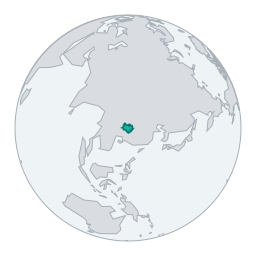 globe centered on Guizhou, rotated 49°
{"feature_id": "CHN-1153", "entity_name": "Guizhou", "entity_type": "Province", "adm_level": 1, "iso_a3": "CHN", "parent_name": "China", "parent_adm1": "", "projection": "orthographic", "projection_center": [106.929, 26.939], "detail": "coarse", "context": "on_globe", "style": "filled", "palette": "teal", "viewbox_px": 256, "rotation_deg": 49, "n_neighbors": 0, "source": "natural_earth", "source_scale": "10m", "svg_char_len": 11398}
<svg xmlns="http://www.w3.org/2000/svg" viewBox="0 0 256 256"><g transform="rotate(49 128 128)"><circle cx="128" cy="128" r="113" fill="#eef3f6" stroke="#a8b0b8"/><path d="M231.5,170.1L231.4,170.7L231.3,170.9L231.5,170.1ZM184.9,30.8L185.0,30.8L185.8,31.4L180.0,29.7L180.7,33.4L184.6,36.6L180.8,34.6L190.8,42.4L193.5,47.2L188.1,40.7L185.8,39.2L186.6,41.7L184.3,40.8L183.4,41.6L180.7,40.4L177.8,37.0L175.9,36.3L176.6,38.1L174.2,38.3L173.6,35.7L169.5,35.9L163.8,31.0L164.3,26.1L158.8,23.6L153.3,19.4L151.6,19.3L148.4,18.1L145.1,17.6L145.0,17.2L142.5,17.2L143.2,17.6L142.4,17.8L140.5,17.7L140.1,17.1L140.9,17.1L139.8,16.9L140.4,16.7L139.1,16.7L138.8,16.3L136.4,16.6L133.8,16.1L134.3,15.8L137.8,16.1L146.7,16.9L154.7,18.6L162.6,20.8L170.3,23.6L177.7,26.9L184.9,30.8ZM233.7,89.2L232.8,87.2L233.1,87.6L233.7,89.2ZM232.5,86.6L232.7,87.2L232.6,86.9L232.5,86.6ZM232.5,86.8L232.5,86.7L232.6,87.1L232.5,86.8ZM232.5,87.4L232.5,87.0L232.5,87.4ZM232.3,87.6L232.2,87.6L232.1,87.0L232.3,87.6ZM186.8,31.9L186.6,31.8L185.2,31.0L185.3,31.0L186.8,31.9ZM185.6,31.9L184.4,31.1L186.6,32.1L186.7,32.3L185.6,31.9ZM187.9,39.3L187.3,38.0L188.7,39.7L187.9,39.3ZM183.8,41.9L184.7,42.7L183.8,42.8L183.8,41.9ZM137.5,15.8L137.1,15.7L135.9,15.6L136.1,15.7L137.5,15.8ZM178.9,41.2L177.2,41.3L178.4,40.5L178.9,41.2ZM134.1,15.5L139.0,15.9L140.3,16.1L138.3,16.0L134.1,15.5ZM175.9,41.0L171.9,41.7L173.6,43.3L166.7,39.6L172.3,40.0L173.5,38.8L174.2,40.2L175.9,41.0ZM144.3,17.9L143.4,17.4L145.8,18.0L144.3,17.9ZM146.0,18.2L154.6,20.3L154.9,21.1L152.0,20.2L153.8,21.6L149.7,20.9L147.8,20.0L148.4,19.5L146.4,19.7L146.0,18.2ZM163.5,37.6L162.1,37.4L163.0,37.0L163.5,37.6ZM142.2,18.0L143.9,18.2L144.3,18.9L141.0,18.6L141.9,18.4L142.2,18.0ZM156.2,22.4L155.9,23.0L152.6,22.6L152.0,22.8L149.6,21.0L156.2,22.4ZM140.9,18.2L139.3,18.4L137.4,18.0L140.6,17.8L140.9,18.2ZM145.8,19.3L145.9,19.7L144.8,19.3L145.8,19.3ZM129.8,17.0L131.9,17.1L132.3,17.4L129.8,17.0ZM138.8,18.5L139.4,18.7L139.8,18.9L138.4,19.0L138.8,18.5ZM147.4,21.0L146.0,20.7L148.2,21.6L145.7,21.5L144.6,20.4L144.1,20.9L143.3,20.9L143.2,20.0L147.4,21.0ZM138.0,19.7L135.8,18.5L131.9,18.2L131.5,17.9L137.8,18.5L138.0,19.7ZM141.1,19.9L139.1,19.7L139.6,19.3L141.2,19.2L141.1,19.9ZM144.5,21.9L148.5,22.4L148.6,22.6L144.5,21.9ZM136.8,19.7L137.4,20.0L136.5,19.7L136.8,19.7ZM142.0,21.3L143.4,21.3L143.5,21.6L142.0,21.3ZM137.4,20.6L136.6,20.2L137.7,20.0L137.4,20.6ZM139.4,21.0L139.2,21.3L138.6,20.3L140.1,20.9L139.4,21.0ZM141.9,21.5L142.4,21.7L141.3,21.5L141.9,21.5ZM133.7,21.4L132.6,20.1L135.0,19.8L135.7,21.1L133.7,21.4ZM42.6,54.6L41.0,56.5L39.2,61.8L38.4,63.6L35.0,67.3L30.8,79.0L33.7,77.0L33.4,85.6L35.6,89.0L42.7,81.5L39.2,75.7L42.2,70.5L47.8,71.6L51.4,77.3L52.6,75.6L53.4,68.8L57.2,67.3L54.0,66.4L53.0,68.8L51.0,68.4L51.7,66.2L53.0,65.6L52.8,63.4L46.5,67.1L44.9,70.0L42.5,67.0L39.5,71.7L37.8,72.4L42.1,64.8L44.0,62.9L49.6,53.7L47.3,55.4L42.0,64.3L42.3,62.8L39.2,65.6L41.8,62.4L48.3,52.7L48.1,50.5L42.6,54.6L43.4,53.6L51.6,45.2L54.2,42.9L51.1,46.7L53.7,44.7L58.8,40.2L57.4,41.9L59.2,40.7L58.4,42.1L61.9,41.2L61.8,42.6L67.5,39.6L68.2,40.1L64.7,41.6L62.2,43.6L62.5,47.7L63.9,47.8L67.5,45.6L67.2,47.2L70.7,44.7L73.0,46.4L73.1,42.3L77.4,40.2L81.1,40.1L82.5,38.8L76.4,39.1L74.0,40.0L71.8,41.8L65.2,44.1L64.1,43.4L71.2,38.5L70.4,37.1L76.2,34.4L89.2,34.4L92.4,36.2L88.6,43.3L85.4,43.9L85.1,41.5L81.4,45.6L83.6,44.3L83.3,45.8L87.3,44.6L87.3,45.6L91.2,42.9L91.6,44.0L89.1,45.7L95.5,45.4L97.5,47.6L99.0,47.1L99.9,45.9L101.9,49.8L102.9,49.2L102.6,47.7L104.3,45.7L108.2,43.8L108.7,45.3L107.4,46.1L105.3,50.3L101.6,52.7L102.2,53.1L105.5,51.5L108.0,46.3L110.2,44.8L109.5,47.2L109.9,46.2L111.2,45.9L112.9,47.1L113.9,44.5L126.9,40.8L131.5,43.0L129.3,45.3L138.9,45.2L143.3,48.5L143.0,47.0L147.4,46.4L146.1,45.3L146.4,44.6L157.1,43.4L160.0,44.5L164.4,43.0L164.2,42.3L162.3,41.3L166.7,39.6L173.6,43.3L173.5,44.6L177.9,46.3L177.1,49.2L178.5,52.6L175.2,55.2L176.6,58.0L178.2,58.4L181.2,62.7L182.2,70.6L174.6,62.4L171.8,51.5L172.3,55.6L170.2,54.3L169.1,55.6L169.7,58.7L171.0,59.3L161.5,63.3L158.7,72.0L163.9,71.6L167.0,74.4L168.4,85.5L158.5,100.5L162.6,105.6L162.8,109.0L159.1,111.0L158.7,106.1L155.1,104.3L155.4,101.4L149.4,103.5L149.6,99.5L144.8,103.3L146.6,106.6L151.8,106.0L147.6,111.4L152.8,117.2L153.3,124.0L144.2,135.6L135.1,138.8L134.5,140.9L130.9,138.2L126.1,142.1L132.6,154.3L132.4,157.6L124.6,163.4L124.4,160.9L115.0,154.0L113.1,161.8L120.2,169.0L122.7,176.7L117.1,173.9L114.7,167.0L111.3,164.4L112.3,157.6L109.7,146.9L104.1,148.1L104.7,143.9L100.2,134.5L92.2,135.8L79.5,144.4L77.6,154.6L73.3,158.1L68.4,141.3L68.9,130.7L65.5,130.6L61.9,119.9L50.8,114.2L50.7,111.1L48.3,111.2L46.0,106.7L46.5,101.7L44.4,100.6L43.6,113.8L46.0,115.0L50.1,112.4L49.2,116.6L51.6,122.0L43.6,128.5L29.7,128.3L30.8,120.2L33.3,94.5L34.6,92.5L34.8,92.3L34.9,91.8L32.6,94.6L33.9,89.8L29.8,106.5L28.0,112.9L29.4,128.6L28.7,129.3L29.9,133.1L36.9,135.1L36.3,137.6L31.5,146.7L24.1,155.5L26.6,166.8L28.5,175.1L27.1,176.7L30.5,183.8L30.3,184.0L32.0,187.0L28.1,180.1L24.7,173.0L21.8,165.6L19.5,158.1L17.6,150.5L16.3,142.7L15.6,134.8L15.4,126.9L15.7,119.1L16.6,111.2L18.1,103.5L20.1,95.8L22.6,88.4L25.6,81.1L29.1,74.0L33.2,67.2L37.6,60.7L42.6,54.6ZM52.5,88.3L56.3,91.7L59.1,85.0L60.8,85.8L61.1,83.3L59.3,84.5L60.7,78.0L63.9,77.8L65.8,75.3L64.6,74.1L58.4,75.5L56.3,84.6L53.5,86.1L52.5,88.3ZM69.4,33.5L67.7,34.8L65.8,35.7L65.9,34.8L68.6,33.4L69.4,33.5ZM65.7,36.6L72.7,32.5L72.9,33.2L71.6,33.4L71.0,34.3L68.8,35.0L62.2,40.0L60.1,41.1L61.4,38.3L62.1,38.4L63.8,37.0L65.7,36.6ZM90.0,23.7L93.0,22.6L89.6,25.3L87.2,26.0L87.1,24.9L89.9,23.5L90.0,23.7ZM129.6,15.7L131.0,15.7L131.1,15.8L130.1,15.9L129.6,15.7ZM124.5,15.4L129.5,15.4L132.6,15.5L128.7,15.5L127.7,15.7L128.2,15.8L131.9,16.3L138.2,16.9L138.1,17.5L136.4,17.8L134.9,17.7L135.4,17.3L133.1,17.5L132.6,16.9L130.8,17.0L123.7,16.1L125.0,16.0L119.4,16.0L120.4,15.7L124.0,15.6L120.6,15.6L124.3,15.4L123.1,15.5L124.5,15.4ZM116.7,24.4L117.9,23.3L113.1,25.0L112.6,23.8L112.1,24.1L110.4,23.6L107.3,23.5L107.6,22.9L106.3,23.2L105.1,23.0L103.4,23.2L103.4,22.3L101.3,22.5L102.5,22.0L98.9,22.7L101.5,21.8L100.3,21.7L98.4,22.6L102.3,18.9L102.0,18.6L100.2,18.9L105.0,17.7L109.7,16.9L113.7,16.7L113.4,17.5L115.6,17.0L116.1,17.3L114.2,17.5L117.5,17.3L117.4,17.7L121.0,18.4L125.8,18.3L127.3,18.7L125.3,18.9L128.1,19.2L125.3,20.0L126.3,20.3L124.5,21.7L120.2,22.1L121.6,22.5L120.3,23.7L116.7,24.4ZM133.0,21.8L127.9,22.3L125.2,22.0L129.4,19.9L128.9,19.4L131.5,18.4L135.4,18.9L134.3,19.1L134.2,19.5L133.0,19.2L133.8,19.7L132.3,20.1L132.6,20.6L130.8,20.6L133.0,21.8ZM39.6,63.0L39.4,63.9L39.5,64.9L37.6,66.8L39.6,63.0ZM43.9,56.3L44.0,56.7L41.4,59.6L41.6,58.7L43.9,56.3ZM46.3,54.6L44.2,56.5L45.5,55.0L46.3,54.6ZM65.0,42.0L65.4,42.4L64.6,43.0L63.3,43.5L65.0,42.0ZM102.3,30.3L103.4,29.4L104.1,29.4L107.9,28.2L108.5,29.1L106.5,30.2L102.3,30.3ZM40.8,82.0L38.9,82.6L39.1,81.3L39.7,81.3L40.8,82.0ZM37.2,74.3L36.9,77.1L36.7,74.8L37.2,74.3ZM103.6,31.1L105.1,30.4L104.5,31.3L103.6,31.1ZM109.2,29.7L108.9,30.7L109.1,29.1L109.2,29.7ZM82.2,229.9L84.5,231.1L83.0,230.6L82.2,229.9ZM37.4,181.6L39.7,193.6L37.1,191.5L34.4,186.7L32.1,178.7L34.3,178.6L34.8,175.6L37.4,181.6ZM151.2,193.9L154.6,194.2L154.4,194.6L151.2,193.9ZM147.6,192.5L151.5,192.5L147.0,193.4L147.6,192.5ZM153.0,192.5L157.0,191.5L158.7,190.7L158.4,191.6L153.0,192.5ZM145.0,192.5L130.6,192.1L124.9,190.6L126.3,189.1L135.5,189.9L145.0,192.5ZM125.8,189.0L117.2,183.6L105.4,168.2L109.6,168.9L121.9,178.8L121.1,180.2L126.4,184.3L125.8,189.0ZM146.8,180.9L146.0,185.3L138.1,184.8L134.5,184.0L132.0,178.3L133.4,175.4L136.3,175.6L147.8,165.7L151.8,168.2L148.3,172.4L151.5,176.3L146.8,180.9ZM78.0,155.8L80.2,162.5L77.9,162.9L78.0,155.8ZM152.5,158.5L147.8,163.1L152.1,157.0L152.5,158.5ZM155.0,152.8L155.3,155.1L153.4,152.9L155.0,152.8ZM134.3,144.1L131.2,144.5L131.1,142.8L135.1,141.3L134.3,144.1ZM153.6,129.7L153.6,134.7L152.9,136.4L151.5,133.4L153.6,129.7ZM111.2,39.9L105.2,40.5L101.3,41.9L99.8,44.2L99.3,41.4L105.4,39.2L111.2,39.9ZM124.9,40.4L126.2,38.7L127.4,39.5L127.3,40.0L124.9,40.4ZM124.5,39.3L122.9,37.2L124.7,36.4L125.7,38.2L124.5,39.3ZM113.0,33.6L111.2,33.6L111.7,32.8L113.0,33.6ZM179.5,225.9L180.4,224.0L184.3,222.7L181.8,224.8L179.5,225.9ZM211.2,204.0L212.9,201.9L211.8,203.3L211.2,204.0ZM167.7,220.1L145.7,226.7L141.1,226.2L142.7,224.2L139.3,217.7L140.8,217.9L140.3,213.2L153.5,208.5L163.1,199.5L170.0,199.4L175.5,192.6L182.4,192.1L180.0,197.3L186.9,199.2L192.4,187.4L195.7,197.9L200.1,200.3L200.2,206.2L189.1,218.6L183.5,221.9L182.9,221.4L180.4,222.8L177.2,223.3L176.3,220.7L173.8,222.1L176.5,219.3L172.9,222.0L171.6,220.3L167.7,220.1ZM216.8,188.5L217.6,188.4L218.5,189.4L217.3,189.8L216.8,188.5ZM229.5,174.1L229.6,174.6L228.9,175.5L229.5,174.1ZM231.3,170.9L230.4,172.1L231.5,170.1L231.3,170.9ZM222.1,179.8L222.4,180.3L222.0,180.7L222.1,179.8ZM221.8,179.8L222.4,178.4L222.2,179.5L221.8,179.8ZM218.4,175.8L218.9,174.9L219.1,175.3L218.4,175.8ZM159.5,194.0L164.3,190.4L166.9,190.0L159.5,194.0ZM217.7,174.8L216.4,175.3L216.5,174.6L217.7,174.8ZM217.9,173.3L217.8,172.5L218.5,174.2L217.9,173.3ZM215.4,172.3L216.9,173.3L215.1,172.6L215.4,172.3ZM214.3,173.0L213.1,172.7L213.2,172.4L214.3,173.0ZM200.0,178.6L204.6,182.7L200.7,183.6L196.5,181.3L192.9,185.2L184.9,186.1L186.8,183.8L185.8,181.0L177.3,180.9L175.7,179.1L178.7,177.4L173.1,176.4L179.2,174.8L181.7,178.7L185.2,174.9L191.0,174.8L196.7,175.1L201.1,177.1L200.0,178.6ZM179.2,183.9L180.2,183.7L179.3,185.1L179.2,183.9ZM210.8,171.3L212.6,172.6L212.3,173.2L211.5,173.2L210.8,171.3ZM202.1,176.1L206.9,171.5L208.0,171.3L204.8,176.0L202.1,176.1ZM205.8,169.6L208.0,169.5L209.1,171.1L208.6,171.7L205.8,169.6ZM166.6,181.3L166.3,182.5L164.7,181.7L166.6,181.3ZM168.7,180.5L173.5,181.3L168.2,181.5L168.7,180.5ZM153.8,177.3L155.3,180.0L159.8,178.0L156.3,180.7L159.4,185.0L158.3,186.7L155.3,182.1L154.2,187.1L152.2,187.0L151.1,182.8L153.1,177.5L155.2,175.2L163.4,173.9L153.8,177.3ZM168.7,177.2L167.4,174.0L168.3,171.8L169.7,173.4L168.7,177.2ZM163.5,166.4L160.0,162.7L156.9,164.3L163.2,158.7L165.5,163.1L163.5,166.4ZM160.5,158.1L157.6,159.5L160.6,156.3L160.5,158.1ZM156.8,158.3L156.4,155.6L158.8,155.8L156.8,158.3ZM162.0,158.1L162.5,153.5L163.7,156.2L162.0,158.1ZM155.4,149.5L160.4,153.8L153.9,152.1L153.5,143.1L156.2,142.9L155.4,149.5ZM169.7,112.3L168.9,109.8L171.3,109.0L171.2,111.0L169.7,112.3ZM178.6,105.1L171.7,108.0L166.1,110.7L168.0,111.8L166.9,116.3L164.0,112.3L167.8,107.3L172.1,106.1L172.5,102.4L175.5,99.7L174.5,95.2L175.8,93.2L178.0,97.0L178.6,105.1ZM173.9,93.4L173.3,85.6L178.0,86.3L179.2,88.2L177.5,91.4L175.1,90.8L173.9,93.4ZM174.5,84.0L172.2,83.4L166.4,72.5L166.3,70.5L173.2,78.7L171.4,78.7L172.0,81.4L174.5,84.0ZM162.7,38.2L162.2,37.5L163.4,38.0L162.7,38.2ZM145.5,44.0L146.0,43.1L147.4,43.7L145.5,44.0ZM148.2,41.1L146.2,41.0L148.1,40.4L148.2,41.1ZM141.9,41.3L145.4,40.8L142.3,42.1L141.9,41.3Z" fill="#d9dde1" stroke="#a8b0b8" stroke-width="1"/><path d="M129.0,123.5L129.6,124.0L130.3,123.8L130.4,124.5L130.8,124.7L130.9,125.2L131.2,125.0L131.1,125.5L131.7,125.5L132.0,124.9L132.4,126.7L131.3,127.7L132.5,127.7L132.5,128.2L132.1,128.4L132.5,129.7L132.2,130.3L131.5,130.3L131.7,130.7L131.1,130.6L131.0,131.2L130.4,130.7L129.7,131.5L128.3,130.8L128.1,131.3L126.6,131.9L126.4,132.5L124.9,131.8L123.9,132.4L124.2,131.3L123.3,130.3L124.0,129.1L123.6,128.4L122.6,128.7L122.2,127.6L122.8,127.0L124.4,127.2L125.0,127.1L125.3,126.4L126.9,126.3L126.7,125.6L125.8,125.3L125.8,124.8L126.4,124.4L127.0,125.0L127.2,124.3L127.7,125.0L128.1,124.2L128.9,124.2L129.0,123.5Z" fill="#14b8a6" stroke="#0f766e" stroke-width="1.5"/></g></svg>